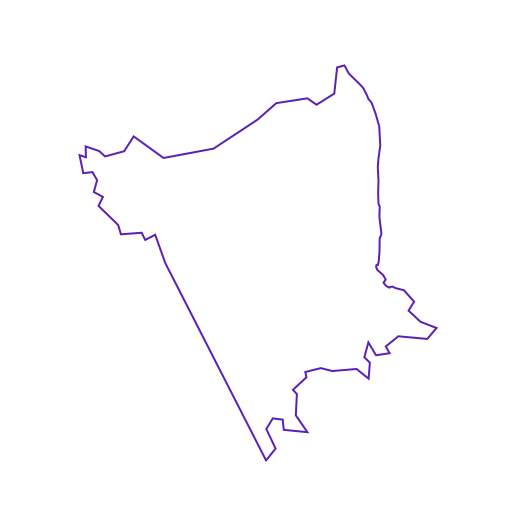 the district of Crittenden, Kentucky, United States of America, rotated 98°
{"feature_id": "52423323B72365040154578", "entity_name": "Crittenden", "entity_type": "district", "adm_level": 2, "iso_a3": "USA", "parent_name": "United States of America", "parent_adm1": "Kentucky", "projection": "natural_earth1", "projection_center": [-88.105, 37.337], "detail": "fine", "context": "isolated", "style": "outline", "palette": "violet", "viewbox_px": 512, "rotation_deg": 98, "n_neighbors": 0, "source": "geoboundaries", "source_scale": "gbopen_adm2", "svg_char_len": 1286}
<svg xmlns="http://www.w3.org/2000/svg" viewBox="0 0 512 512"><g transform="rotate(98 256 256)"><path d="M55.0,194.9L57.9,201.9L84.3,201.1L97.8,217.1L92.7,227.1L101.8,257.2L120.7,273.4L155.6,313.0L171.8,361.2L154.6,393.8L170.6,401.1L178.4,419.4L173.9,425.9L171.2,439.9L181.9,438.2L180.7,444.8L198.0,438.6L195.7,429.6L203.0,423.9L215.2,425.5L218.8,415.8L228.3,418.9L244.5,396.8L253.3,392.8L248.9,372.5L255.5,367.9L249.0,358.8L275.7,344.8L457.0,217.6L444.0,209.8L425.9,221.7L414.5,216.8L414.3,206.8L424.3,204.3L423.3,180.6L408.2,194.4L387.0,196.3L383.4,200.8L369.1,189.2L364.0,191.0L358.0,176.2L359.3,164.5L353.9,140.7L361.8,127.4L345.8,128.4L341.2,134.6L325.9,132.7L337.6,123.3L333.7,110.2L327.5,114.9L315.7,103.9L314.3,74.9L302.2,67.2L298.3,83.9L288.9,97.3L279.2,93.1L269.3,104.8L268.4,113.2L267.3,116.7L268.1,119.0L268.7,119.3L268.6,120.4L267.2,123.4L264.7,126.0L264.1,125.7L261.3,124.3L257.3,127.3L252.8,134.0L250.3,135.5L248.3,135.5L247.8,134.9L247.8,134.0L244.4,133.7L234.6,134.3L221.2,136.0L217.9,135.0L216.1,135.0L200.3,139.2L189.7,140.4L187.1,142.0L177.5,143.7L164.3,145.2L151.3,147.7L142.1,148.3L129.5,148.3L110.5,152.0L98.8,157.2L88.2,162.8L84.6,166.8L82.0,168.1L75.2,172.9L73.3,174.8L62.3,189.6L55.1,194.8L55.0,194.9Z" fill="none" stroke="#5b21b6" stroke-width="2"/></g></svg>